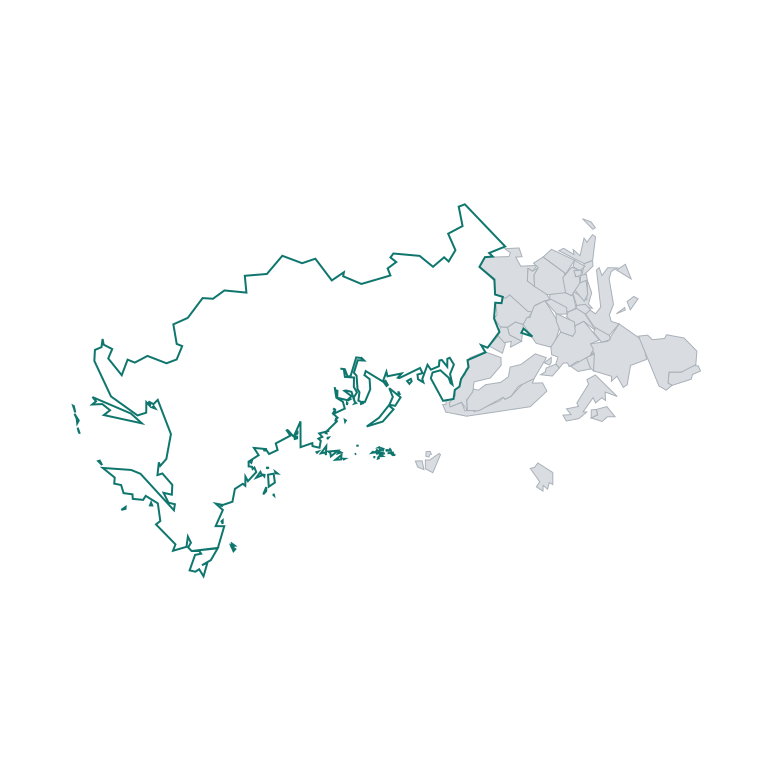 Europe, with Russia highlighted, rotated 153°
{"feature_id": "RUS", "entity_name": "Russia", "entity_type": "country or territory", "adm_level": 0, "iso_a3": "RUS", "parent_name": "Europe", "parent_adm1": "", "projection": "albers", "projection_center": [98.07, 61.527], "detail": "fine", "context": "in_parent", "style": "outline", "palette": "teal", "viewbox_px": 768, "rotation_deg": 153, "n_neighbors": 38, "source": "natural_earth", "source_scale": "50m", "svg_char_len": 13686}
<svg xmlns="http://www.w3.org/2000/svg" viewBox="0 0 768 768"><g transform="rotate(153 384 384)"><path d="M380.8,282.8L385.6,289.7L381.6,297.6L378.0,295.5L366.5,297.1L365.7,295.5L380.8,282.8ZM335.7,342.0L329.9,339.0L334.5,337.4L335.4,333.6L323.2,332.5L324.1,323.2L316.9,322.9L316.2,318.4L288.4,316.5L283.7,318.0L283.0,315.4L276.4,315.4L257.3,322.3L248.0,320.6L251.4,317.4L242.2,313.0L242.1,303.7L264.1,297.4L325.0,317.8L341.7,330.9L341.0,339.1L338.0,337.7L335.7,342.0ZM391.0,301.1L384.9,298.2L387.3,289.5L391.7,294.7L391.0,301.1ZM377.2,304.6L373.4,302.9L373.7,299.9L375.6,300.1L377.1,298.5L379.5,300.6L377.2,304.6Z" fill="#d9dde1" stroke="#a8b0b8" stroke-width="1"/><path d="M191.3,300.5L181.8,326.1L165.2,320.4L147.3,330.9L133.9,305.5L138.8,286.7L155.9,288.6L167.6,273.0L172.3,272.3L172.9,285.2L180.2,283.2L177.7,287.5L191.3,300.5ZM135.5,340.4L145.1,341.1L134.8,342.9L135.5,340.4Z" fill="#d9dde1" stroke="#a8b0b8" stroke-width="1"/><path d="M248.0,320.6L265.2,321.0L276.4,315.4L283.0,315.4L283.7,318.0L311.7,317.1L321.9,322.7L317.6,332.2L306.4,338.8L302.7,335.6L293.8,337.3L279.5,332.5L269.9,333.9L263.9,341.8L253.1,339.2L235.5,342.2L227.4,333.7L248.0,320.6Z" fill="#d9dde1" stroke="#a8b0b8" stroke-width="1"/><path d="M254.5,381.9L256.1,392.4L251.7,394.6L247.6,406.1L243.1,402.7L238.7,407.8L231.6,406.4L219.2,380.8L233.0,373.8L238.8,379.5L248.3,378.4L254.5,381.9Z" fill="#d9dde1" stroke="#a8b0b8" stroke-width="1"/><path d="M211.8,443.4L215.0,449.7L201.9,443.9L203.2,434.8L209.0,437.2L208.7,426.9L193.7,420.1L200.5,417.0L203.2,421.6L209.5,410.7L199.2,397.3L197.8,384.3L213.1,385.6L219.2,380.8L222.9,383.5L231.6,406.4L236.5,405.1L244.4,413.4L238.7,425.4L245.9,444.9L236.4,451.0L214.9,440.8L211.8,443.4Z" fill="#d9dde1" stroke="#a8b0b8" stroke-width="1"/><path d="M233.0,373.8L226.3,378.5L224.0,376.9L215.0,385.2L202.7,385.3L200.4,356.1L213.6,342.6L218.6,341.1L229.9,351.1L233.0,373.8Z" fill="#d9dde1" stroke="#a8b0b8" stroke-width="1"/><path d="M187.4,364.6L177.0,363.8L173.4,358.5L171.0,335.0L177.5,349.1L187.2,349.1L190.7,361.1L187.4,364.6Z" fill="#d9dde1" stroke="#a8b0b8" stroke-width="1"/><path d="M197.8,384.3L195.8,388.3L183.3,385.8L175.4,376.4L178.4,364.3L187.4,364.6L197.8,384.3Z" fill="#d9dde1" stroke="#a8b0b8" stroke-width="1"/><path d="M205.6,402.5L209.5,410.7L203.2,421.6L200.5,417.0L193.7,417.7L200.9,412.9L205.6,402.5Z" fill="#d9dde1" stroke="#a8b0b8" stroke-width="1"/><path d="M193.7,417.7L195.9,423.8L184.5,424.9L172.4,400.8L180.7,382.9L197.9,389.4L205.6,402.5L200.9,412.9L193.7,417.7Z" fill="#d9dde1" stroke="#a8b0b8" stroke-width="1"/><path d="M248.3,378.4L238.8,379.5L233.0,373.8L242.0,359.6L250.0,370.9L248.3,378.4Z" fill="#d9dde1" stroke="#a8b0b8" stroke-width="1"/><path d="M260.5,374.8L254.5,381.9L248.3,378.4L250.0,370.9L242.0,359.6L254.6,359.4L251.3,364.1L260.0,366.8L260.5,374.8Z" fill="#d9dde1" stroke="#a8b0b8" stroke-width="1"/><path d="M273.3,370.2L260.5,374.8L257.6,364.8L264.5,357.7L273.3,370.2Z" fill="#d9dde1" stroke="#a8b0b8" stroke-width="1"/><path d="M218.6,341.1L203.0,350.1L194.2,340.9L187.2,349.1L177.5,349.1L172.2,325.5L181.8,326.1L181.7,319.8L187.1,316.0L198.2,313.6L201.4,316.4L211.1,315.4L210.9,319.4L214.7,321.2L220.5,318.7L221.9,323.7L216.7,329.1L221.3,333.9L218.6,341.1Z" fill="#d9dde1" stroke="#a8b0b8" stroke-width="1"/><path d="M174.2,398.4L172.4,400.8L184.5,424.9L173.7,428.0L158.0,407.8L174.2,398.4Z" fill="#d9dde1" stroke="#a8b0b8" stroke-width="1"/><path d="M132.1,441.1L125.9,434.4L124.8,427.3L127.7,427.1L132.1,441.1ZM151.0,400.3L167.7,423.4L162.3,423.3L156.0,413.1L154.4,417.9L151.1,409.3L139.5,423.2L138.8,418.1L130.4,422.4L128.7,419.1L142.1,399.3L151.0,400.3Z" fill="#d9dde1" stroke="#a8b0b8" stroke-width="1"/><path d="M151.0,400.3L142.1,399.3L144.3,394.2L159.3,389.6L151.0,400.3Z" fill="#d9dde1" stroke="#a8b0b8" stroke-width="1"/><path d="M176.8,366.6L173.9,381.7L165.2,366.8L155.7,384.3L157.6,370.9L165.5,362.5L164.0,356.9L176.8,366.6Z" fill="#d9dde1" stroke="#a8b0b8" stroke-width="1"/><path d="M173.8,334.8L168.1,339.8L160.3,327.2L162.3,320.9L171.1,322.4L173.8,334.8Z" fill="#d9dde1" stroke="#a8b0b8" stroke-width="1"/><path d="M186.6,315.0L182.9,317.5L182.9,315.3L186.6,315.0Z" fill="#d9dde1" stroke="#a8b0b8" stroke-width="1"/><path d="M191.6,315.6L182.9,315.3L191.3,300.5L195.0,310.0L191.6,315.6Z" fill="#d9dde1" stroke="#a8b0b8" stroke-width="1"/><path d="M209.6,314.9L191.6,315.6L193.0,303.6L205.4,307.1L209.6,314.9Z" fill="#d9dde1" stroke="#a8b0b8" stroke-width="1"/><path d="M128.0,252.0L130.5,255.8L124.7,265.2L113.4,259.6L103.6,262.0L95.8,257.5L96.1,251.8L104.9,252.4L108.0,248.8L128.0,252.0Z" fill="#d9dde1" stroke="#a8b0b8" stroke-width="1"/><path d="M97.4,259.7L113.4,259.6L124.7,265.2L130.5,255.8L128.0,252.0L135.4,250.4L139.9,257.4L135.5,311.1L126.9,307.8L124.8,301.6L113.3,297.2L109.9,299.6L95.8,288.8L90.3,271.2L97.4,259.7Z" fill="#d9dde1" stroke="#a8b0b8" stroke-width="1"/><path d="M206.4,264.9L195.7,262.7L193.0,249.9L199.8,253.4L206.7,251.6L214.8,259.7L207.7,259.6L206.4,264.9Z" fill="#d9dde1" stroke="#a8b0b8" stroke-width="1"/><path d="M170.8,339.5L172.7,354.8L167.2,357.2L163.7,350.5L156.0,354.1L142.9,389.1L139.5,390.0L140.6,381.7L131.8,386.0L123.3,381.4L130.4,381.2L135.7,375.5L143.4,350.7L151.8,343.4L153.1,336.6L147.3,330.9L161.2,325.0L170.8,339.5ZM116.1,365.4L125.0,379.9L114.6,381.1L116.1,365.4ZM130.8,338.3L130.0,347.1L121.7,348.6L118.9,344.6L130.8,338.3Z" fill="#d9dde1" stroke="#a8b0b8" stroke-width="1"/><path d="M221.9,323.7L220.5,318.7L230.4,314.7L240.3,321.2L234.6,321.6L232.4,324.6L221.9,323.7ZM231.6,330.2L222.9,331.7L225.5,327.0L228.0,325.8L231.6,330.2Z" fill="#d9dde1" stroke="#a8b0b8" stroke-width="1"/><path d="M206.4,264.9L207.7,259.6L214.8,259.7L211.1,266.8L206.4,264.9ZM203.8,276.9L219.3,268.8L216.1,267.0L225.9,264.7L238.4,268.3L238.7,275.0L231.3,271.8L232.6,279.0L220.9,275.7L220.8,279.5L201.9,290.9L201.2,295.8L191.6,296.1L181.9,267.0L190.6,276.4L194.1,268.8L196.3,272.9L204.1,271.1L203.8,276.9Z" fill="#d9dde1" stroke="#a8b0b8" stroke-width="1"/><path d="M292.0,242.4L287.7,241.3L282.8,243.8L273.8,228.5L279.2,217.8L281.5,221.1L286.0,216.1L288.2,221.4L291.0,216.4L294.9,223.2L289.6,226.2L292.0,242.4Z" fill="#d9dde1" stroke="#a8b0b8" stroke-width="1"/><path d="M172.7,354.8L178.4,364.3L176.8,366.6L168.4,363.6L166.3,356.4L172.7,354.8Z" fill="#d9dde1" stroke="#a8b0b8" stroke-width="1"/><path d="M334.5,337.4L325.7,341.1L323.8,346.5L318.3,347.2L313.3,353.8L307.4,355.3L304.4,360.0L300.1,361.4L298.5,367.5L295.0,368.4L279.5,366.9L267.8,354.4L271.1,347.5L286.5,341.1L302.8,345.0L308.4,336.8L317.6,332.2L321.9,322.7L323.2,332.5L335.4,333.6L334.5,337.4Z" fill="#d9dde1" stroke="#a8b0b8" stroke-width="1"/><path d="M202.7,384.3L196.8,383.8L186.5,369.1L189.4,363.4L198.2,367.6L202.7,384.3Z" fill="#d9dde1" stroke="#a8b0b8" stroke-width="1"/><path d="M203.0,350.1L202.0,361.6L198.7,368.8L186.2,352.8L190.0,343.4L194.2,340.9L203.0,350.1Z" fill="#d9dde1" stroke="#a8b0b8" stroke-width="1"/><path d="M156.9,384.4L161.6,371.7L168.1,366.8L171.6,382.5L164.0,386.2L156.9,384.4Z" fill="#d9dde1" stroke="#a8b0b8" stroke-width="1"/><path d="M162.5,402.5L158.0,407.8L151.6,397.7L157.6,395.9L162.5,402.5Z" fill="#d9dde1" stroke="#a8b0b8" stroke-width="1"/><path d="M176.9,377.6L180.7,382.9L176.4,397.6L163.7,402.8L160.4,399.1L164.9,393.0L161.1,391.7L163.3,385.2L176.9,377.6Z" fill="#d9dde1" stroke="#a8b0b8" stroke-width="1"/><path d="M159.4,391.4L153.8,390.0L155.7,384.3L163.3,385.2L159.4,391.4Z" fill="#d9dde1" stroke="#a8b0b8" stroke-width="1"/><path d="M156.1,395.6L159.4,391.4L164.2,392.3L163.4,398.8L156.1,395.6Z" fill="#d9dde1" stroke="#a8b0b8" stroke-width="1"/><path d="M619.0,545.1L614.3,551.9L615.9,546.3L610.3,538.5L618.1,532.0L613.7,510.9L601.4,522.1L596.3,516.2L582.0,516.4L568.4,501.2L557.6,500.0L546.6,509.4L550.5,513.8L544.6,532.8L528.8,532.0L506.6,542.9L497.7,537.6L483.7,539.8L465.1,527.9L458.9,543.6L438.4,535.2L416.4,544.4L402.1,528.8L388.3,526.8L383.5,500.0L369.0,501.8L371.5,498.5L358.7,483.4L329.0,477.8L328.3,485.3L317.7,487.1L320.8,493.8L316.4,496.0L294.1,482.0L287.1,466.2L272.9,469.6L270.8,463.8L259.6,470.8L258.6,488.8L242.3,489.1L236.9,508.1L230.4,507.4L213.6,451.5L230.8,453.0L229.2,448.2L236.5,451.2L245.8,445.0L238.2,427.0L244.4,413.3L238.6,407.7L242.6,402.7L248.0,405.9L256.2,392.4L257.5,378.0L275.2,369.3L279.8,374.5L279.2,366.1L298.8,367.3L301.1,360.6L313.0,353.5L318.0,347.4L323.6,346.6L328.8,339.1L339.0,342.2L339.7,367.8L335.5,372.2L327.5,370.6L323.5,360.1L324.3,354.8L323.3,352.4L320.6,362.9L312.9,369.6L313.5,377.5L316.1,377.7L319.8,370.7L321.6,379.2L323.9,379.8L327.0,374.9L335.7,375.5L336.5,381.4L347.6,371.1L348.2,367.6L351.5,372.8L349.9,377.2L344.7,376.2L344.6,381.9L367.6,382.3L368.8,383.3L363.5,385.4L377.4,389.3L376.3,393.8L383.9,386.7L394.4,403.8L397.4,400.8L394.6,394.9L398.7,385.5L409.1,376.7L412.6,378.5L414.4,380.8L409.6,387.8L409.9,391.5L404.7,403.8L405.7,407.7L396.6,417.1L391.0,413.9L392.2,417.3L396.7,420.3L409.9,406.5L413.1,406.8L412.2,415.0L415.9,417.5L413.1,415.5L415.6,408.1L407.8,403.4L412.2,395.1L411.9,388.8L417.1,385.7L418.2,381.4L416.5,391.8L421.0,395.6L422.4,395.9L418.5,387.9L424.1,386.3L431.9,393.0L428.2,399.8L430.4,398.3L429.4,403.6L432.7,393.4L428.7,386.9L430.1,379.9L441.8,380.3L439.3,382.8L439.2,383.6L440.5,385.3L439.4,383.2L442.9,381.0L440.7,375.0L442.6,374.9L443.9,373.1L443.3,372.0L455.6,368.2L454.2,367.2L464.2,369.4L463.0,364.9L467.3,365.1L466.1,362.1L470.4,356.5L475.9,361.1L474.7,363.9L487.0,365.6L475.4,388.6L485.0,380.8L482.8,380.7L483.6,379.1L488.6,378.8L490.4,385.7L491.0,386.8L491.7,386.8L490.9,380.5L507.4,380.2L508.8,373.5L518.2,373.8L518.7,377.8L521.6,379.7L517.9,379.1L528.9,386.1L528.0,377.5L539.9,376.3L542.0,372.0L539.2,370.2L539.6,367.9L537.4,368.4L537.8,363.5L549.4,359.2L549.5,364.4L553.8,356.3L555.1,359.2L564.5,358.2L572.5,347.9L582.5,349.4L588.2,353.8L584.8,344.9L598.5,333.8L590.9,329.8L606.4,313.4L631.2,322.5L632.7,327.3L628.1,330.2L628.0,337.1L633.9,328.6L647.7,331.2L642.6,335.8L650.9,362.4L645.5,363.5L639.7,380.3L647.1,392.5L651.2,390.1L660.0,395.7L658.2,399.9L665.6,405.0L664.1,413.3L669.6,417.7L666.4,422.9L672.7,436.9L648.3,422.2L641.7,414.5L628.5,366.9L624.9,371.8L629.9,376.1L629.8,387.1L623.3,381.7L618.4,390.2L622.1,404.9L627.2,405.7L620.2,416.4L620.6,412.6L612.0,416.0L596.6,436.1L592.8,472.6L598.6,470.7L601.7,475.3L601.3,472.4L602.5,470.7L604.0,475.7L608.9,466.4L617.9,467.9L632.9,496.9L631.6,536.1L626.1,545.6L619.0,545.1ZM606.8,313.1L618.2,305.7L628.4,305.2L622.5,304.9L632.1,294.6L632.8,302.9L637.3,302.4L641.8,306.2L629.9,317.5L624.0,315.8L624.4,319.1L631.2,322.5L606.8,313.1ZM418.7,354.0L403.7,356.2L389.5,362.7L387.0,357.1L402.2,351.1L418.7,354.0ZM617.6,458.9L647.7,483.5L640.0,485.0L644.1,494.0L653.3,498.2L648.4,499.3L649.7,504.7L622.9,472.6L617.6,458.9ZM383.9,359.5L388.7,363.0L382.0,368.5L381.2,377.9L375.3,364.6L383.9,359.5ZM523.0,354.2L526.0,345.7L533.3,344.8L528.5,355.8L523.0,354.2ZM455.5,345.6L464.2,343.6L463.1,347.1L464.3,349.1L455.5,345.6ZM456.5,336.3L461.6,338.5L454.1,340.1L456.5,336.3ZM468.0,347.1L467.6,349.7L471.7,350.9L463.6,354.9L468.0,347.1ZM535.7,345.6L537.6,342.0L541.7,340.5L535.7,345.6ZM230.2,358.9L238.4,367.3L234.5,370.0L230.2,358.9ZM409.3,319.5L412.3,320.7L406.3,318.5L409.3,319.5ZM534.4,358.0L540.4,358.5L534.0,361.8L534.4,358.0ZM593.7,308.8L591.5,304.4L594.0,303.4L593.7,308.8ZM362.1,376.2L357.8,376.4L358.1,373.9L361.3,372.6L362.1,376.2ZM414.9,321.8L417.8,322.5L418.2,324.4L414.9,321.8ZM422.7,326.9L420.3,328.4L419.0,326.5L420.3,325.4L422.7,326.9ZM424.8,328.7L423.0,327.2L426.2,328.2L424.8,328.7ZM383.4,385.7L381.2,386.1L381.0,381.5L382.7,381.1L383.4,385.7ZM456.6,343.1L454.5,344.3L453.3,342.4L456.6,343.1ZM417.9,320.4L421.1,321.8L419.1,322.5L417.9,320.4ZM593.7,308.8L592.1,311.1L590.3,307.6L593.7,308.8ZM408.4,316.6L409.4,318.6L406.2,315.7L408.4,316.6ZM413.5,377.0L410.3,376.3L413.6,376.7L413.5,377.0ZM488.5,375.5L487.9,377.7L485.3,376.5L486.1,375.0L488.5,375.5ZM591.2,332.7L591.2,335.4L589.6,335.8L591.2,332.7ZM417.3,327.2L416.4,325.5L418.2,327.6L417.3,327.2ZM419.6,323.0L419.5,324.9L418.5,322.9L419.6,323.0ZM675.2,488.2L673.5,492.8L673.3,498.0L672.6,490.0L675.2,488.2ZM415.0,325.4L415.0,327.5L413.9,326.4L415.0,325.4ZM424.1,385.7L421.4,386.2L421.0,385.8L424.1,385.7ZM647.6,382.1L645.4,384.0L645.7,381.0L647.6,382.1ZM532.6,356.0L533.2,358.4L531.7,357.3L532.6,356.0ZM598.9,465.9L601.3,468.5L599.3,468.8L598.9,465.9ZM672.0,439.8L673.7,445.1L672.1,444.8L672.0,439.8ZM412.7,324.2L411.2,323.8L411.2,323.1L412.7,324.2ZM426.7,382.2L425.5,384.2L425.3,383.5L426.7,382.2ZM520.9,353.4L520.7,355.2L519.4,352.5L520.9,353.4ZM670.4,505.1L672.0,498.8L670.9,505.8L670.4,505.1ZM454.1,335.1L454.2,335.9L452.8,335.1L454.1,335.1ZM375.7,368.2L374.6,370.9L374.6,368.0L375.7,368.2ZM422.7,325.4L421.7,325.6L421.1,324.9L422.7,325.4ZM442.0,334.5L440.4,334.7L442.0,334.5ZM671.0,390.1L675.2,391.1L670.0,391.8L671.0,390.1ZM584.3,349.6L583.8,349.9L583.1,348.2L584.3,349.6ZM677.7,480.2L676.8,484.2L677.6,477.8L677.7,480.2ZM422.9,320.6L421.5,320.0L423.2,320.3L422.9,320.6ZM409.3,322.9L408.2,323.3L408.1,322.7L409.3,322.9ZM426.6,323.6L425.7,323.4L425.2,322.6L426.6,323.6ZM417.7,329.8L416.9,329.8L416.7,329.2L417.7,329.8ZM457.6,366.1L459.0,367.2L457.5,366.6L457.6,366.1ZM434.7,340.4L436.1,341.4L436.3,341.8L434.7,340.4ZM459.6,360.6L458.5,361.7L457.6,361.4L459.6,360.6ZM419.1,380.0L417.8,380.6L417.5,379.7L419.1,380.0ZM393.2,415.6L392.1,416.6L391.9,414.8L393.2,415.6ZM526.1,361.9L526.9,363.0L524.5,361.6L526.1,361.9ZM435.7,368.1L435.2,369.8L434.6,368.8L435.7,368.1ZM538.0,374.0L538.5,375.0L537.0,375.1L538.0,374.0ZM441.8,373.5L443.1,373.1L443.3,373.5L441.8,373.5ZM474.9,353.1L475.0,353.9L473.4,353.6L474.9,353.1ZM409.1,322.0L408.3,322.3L408.3,321.5L409.1,322.0ZM532.9,335.3L532.1,336.2L532.6,334.5L532.9,335.3Z" fill="none" stroke="#0f766e" stroke-width="2"/></g></svg>